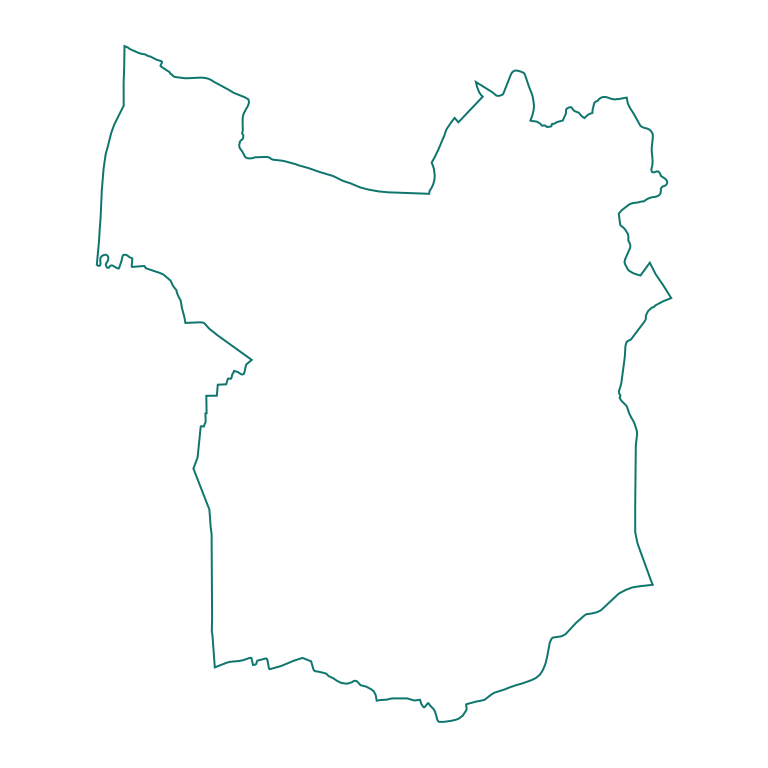 Pa Mok, Ang Thong, Thailand
{"feature_id": "78962969B20777837687039", "entity_name": "Pa Mok", "entity_type": "district", "adm_level": 2, "iso_a3": "THA", "parent_name": "Thailand", "parent_adm1": "Ang Thong", "projection": "natural_earth1", "projection_center": [100.461, 14.49], "detail": "fine", "context": "isolated", "style": "outline", "palette": "teal", "viewbox_px": 768, "rotation_deg": 0, "n_neighbors": 0, "source": "geoboundaries", "source_scale": "gbopen_adm2", "svg_char_len": 6058}
<svg xmlns="http://www.w3.org/2000/svg" viewBox="0 0 768 768"><path d="M652.7,584.8L651.4,581.7L637.9,544.5L636.9,540.6L635.2,532.1L635.2,506.4L635.8,445.6L637.1,434.2L636.9,431.2L634.6,423.8L633.0,420.3L631.6,418.2L629.2,413.4L627.0,406.9L626.2,405.5L621.3,400.7L619.6,397.7L620.2,396.8L620.3,395.3L619.3,393.8L618.9,391.7L619.2,390.1L620.5,386.3L621.3,383.1L624.8,357.0L625.4,346.4L625.9,344.1L626.7,342.0L627.5,341.2L631.0,339.4L644.4,321.7L645.5,319.8L645.8,318.9L645.9,315.5L648.0,311.2L650.2,309.1L651.6,307.8L654.2,306.8L655.2,305.5L663.1,301.3L671.2,298.1L663.5,285.7L655.7,274.3L649.8,262.7L640.5,275.5L637.2,274.6L633.2,273.2L629.0,270.7L628.0,269.7L625.1,264.2L624.5,262.2L625.1,259.3L630.2,247.8L630.3,245.2L629.6,243.0L628.3,240.4L628.4,236.6L627.8,233.8L625.3,229.7L623.8,228.0L620.7,225.5L620.2,224.6L618.8,214.2L619.1,213.3L621.7,210.2L628.6,204.9L630.0,204.0L632.9,203.1L638.2,202.4L641.5,201.5L643.7,201.4L646.5,199.5L648.9,198.2L651.8,197.3L656.0,196.7L658.3,195.8L659.8,194.5L660.4,193.4L660.8,191.5L660.9,188.8L661.4,187.7L662.5,186.6L664.8,185.8L666.1,184.9L667.0,183.6L667.2,182.2L666.7,180.5L665.4,178.9L661.0,176.0L659.7,172.9L658.8,171.9L657.9,171.4L657.1,171.4L654.1,172.3L652.9,172.4L652.2,172.1L651.7,171.2L651.4,170.2L651.4,169.1L652.4,164.9L652.6,161.2L652.3,156.7L651.8,152.4L651.7,148.0L652.8,137.8L652.8,134.4L652.3,133.1L651.0,131.1L649.5,129.6L647.5,128.7L643.2,127.5L641.4,126.6L640.2,125.5L633.7,113.7L630.5,108.8L628.3,104.6L627.7,103.0L626.7,97.6L619.6,98.9L614.6,99.4L611.5,98.9L606.9,97.3L604.4,96.9L603.1,97.0L601.1,97.7L599.2,98.9L597.7,100.8L595.4,101.8L594.3,102.9L592.5,110.2L592.5,112.8L591.9,113.2L589.2,114.0L587.5,115.2L584.4,118.1L581.6,116.1L578.9,112.8L574.4,111.0L573.5,110.2L571.6,107.5L570.9,107.2L569.7,107.2L566.9,108.5L566.1,109.7L565.9,113.6L562.8,120.5L556.9,122.1L554.4,123.7L552.2,123.9L551.8,124.3L551.5,126.0L550.9,126.5L547.1,127.0L545.0,125.5L543.9,125.4L542.5,125.8L542.0,125.7L539.9,123.4L538.3,122.6L537.4,121.8L534.9,121.3L532.0,121.1L530.4,120.5L532.4,115.2L533.6,110.1L534.0,106.4L533.5,101.4L532.6,96.2L531.9,94.1L529.0,86.7L525.0,74.9L524.5,73.7L523.6,72.8L521.1,71.7L517.6,70.7L516.1,70.5L514.2,70.8L512.3,72.2L511.6,73.1L510.9,74.5L503.3,93.7L502.6,94.6L499.8,95.7L497.8,95.9L496.2,95.5L492.2,92.1L475.9,82.0L477.1,87.0L479.2,92.3L481.1,95.0L482.7,96.7L458.4,122.3L454.6,117.9L450.8,122.9L446.9,128.7L446.0,130.5L444.2,135.8L438.4,149.5L434.8,157.0L431.8,162.4L431.7,162.8L432.9,165.7L433.9,168.9L434.7,175.1L434.6,178.1L434.1,181.3L433.0,184.8L431.2,188.5L429.8,190.4L429.1,193.8L387.8,192.3L378.6,191.4L368.6,189.6L360.4,187.5L350.6,183.4L342.8,180.8L333.3,176.1L319.4,171.9L308.2,168.0L297.8,165.1L296.1,164.3L285.0,161.3L282.1,160.7L273.0,159.7L271.1,158.9L269.9,157.8L267.1,156.9L255.0,157.3L252.4,158.2L249.7,158.4L247.5,158.2L246.0,157.6L245.0,156.7L242.4,151.7L240.0,148.5L239.4,146.9L239.2,144.9L240.0,141.5L240.9,140.4L242.7,139.1L243.4,136.0L243.3,135.2L242.1,133.4L242.8,130.1L242.6,123.1L242.7,117.6L243.4,114.3L246.0,109.1L247.7,106.4L248.7,103.6L249.0,102.2L248.4,99.4L245.1,97.4L233.7,92.8L228.0,89.4L214.1,81.9L210.8,79.8L207.6,78.5L205.4,78.0L201.4,77.6L185.6,78.3L175.1,77.0L173.0,75.9L171.8,74.5L170.4,73.8L169.6,72.2L160.7,66.3L160.5,65.5L162.0,62.4L162.0,61.9L161.4,61.2L157.0,59.9L150.3,56.5L148.2,56.1L145.2,54.4L141.1,53.7L138.5,52.9L130.0,49.1L128.0,47.6L124.5,46.1L124.2,66.8L123.6,83.3L123.7,105.6L114.2,124.7L111.2,133.0L108.0,145.8L105.7,154.0L103.6,168.5L101.8,190.3L100.6,217.6L99.7,229.5L99.0,241.3L96.8,264.8L98.3,265.8L99.1,265.9L100.0,265.4L100.3,264.9L100.5,263.6L100.2,260.0L100.5,257.9L101.6,256.3L102.3,255.8L103.6,255.1L105.6,254.7L106.5,255.0L107.3,255.5L108.0,256.5L108.3,257.5L108.1,260.3L106.2,263.3L105.8,264.5L106.1,265.8L107.0,267.5L107.9,267.8L108.6,267.8L110.4,265.7L111.7,265.4L112.9,265.7L117.3,268.3L118.7,268.5L119.1,268.0L121.4,261.2L122.7,255.7L123.7,254.8L125.3,254.7L127.3,255.4L129.2,257.0L132.3,258.5L131.7,266.5L132.0,266.9L144.2,266.0L144.8,266.5L145.5,267.8L146.3,268.4L160.0,273.0L163.4,274.5L170.6,280.7L172.9,285.6L175.2,288.8L176.4,290.1L177.0,293.0L179.2,298.0L180.4,299.9L180.7,300.8L181.9,307.9L184.3,316.8L185.4,322.9L200.8,322.3L203.0,322.6L204.0,323.1L204.8,323.7L209.2,328.7L217.4,335.2L251.7,359.9L246.4,364.4L246.0,365.2L244.4,372.4L244.0,373.7L243.7,374.0L242.5,374.5L241.5,374.4L237.5,371.9L234.0,370.9L233.4,372.7L232.4,374.1L231.4,378.0L231.0,378.6L230.8,378.8L228.5,378.5L227.9,378.7L226.2,384.3L217.8,384.7L216.8,395.7L206.3,395.8L206.6,413.3L205.4,413.5L205.7,421.6L203.8,426.5L201.1,426.2L200.7,426.6L197.6,457.4L193.4,468.6L209.4,509.6L210.7,527.4L211.6,534.0L212.1,618.0L211.8,630.8L212.5,635.7L214.8,667.4L227.0,662.6L230.2,661.8L239.0,661.0L243.5,660.1L249.4,658.0L250.7,657.8L251.4,658.0L253.0,665.0L255.3,664.6L256.0,664.1L256.4,663.6L256.9,661.3L257.3,660.7L266.0,658.4L266.8,658.8L267.4,659.9L269.0,668.5L269.6,669.2L280.9,666.1L293.4,660.9L300.9,658.4L302.1,658.0L303.0,658.1L311.1,661.3L313.3,668.9L313.9,670.3L315.2,671.3L317.7,671.5L324.1,673.0L326.4,673.7L328.5,676.0L333.5,678.4L336.8,680.7L341.2,682.9L345.5,683.6L348.0,683.5L351.9,682.3L353.5,681.1L354.7,680.8L355.8,680.9L356.9,681.3L360.6,685.2L366.5,686.7L371.8,689.7L373.7,691.2L375.7,695.1L376.7,700.7L380.4,700.0L386.6,699.7L390.3,698.7L393.3,698.4L407.2,698.4L414.3,700.5L420.0,699.8L421.3,703.9L422.9,706.5L423.7,707.2L424.2,707.3L424.9,706.9L427.6,703.5L428.0,703.2L428.5,703.3L430.2,705.6L433.5,709.0L434.9,711.3L436.1,715.2L437.1,719.1L437.9,720.9L438.8,721.7L440.2,721.9L444.4,721.8L451.3,720.8L455.7,719.8L458.8,718.6L462.7,715.7L466.5,709.9L466.6,708.3L466.1,705.0L466.1,704.5L466.4,704.2L477.3,701.3L478.6,701.2L484.4,699.9L491.4,694.5L494.4,692.7L504.5,689.5L509.6,687.4L517.0,684.9L521.2,683.8L531.4,680.2L535.9,678.0L539.9,674.7L542.9,670.0L545.3,664.2L547.2,656.6L549.8,642.5L551.5,638.8L552.8,637.6L561.5,636.3L565.5,634.2L576.1,622.8L584.5,615.4L586.4,614.2L591.7,613.5L597.0,612.2L600.9,610.3L618.8,593.6L625.7,589.9L632.5,587.4L639.2,586.3L652.7,584.8Z" fill="none" stroke="#0f766e" stroke-width="2"/></svg>